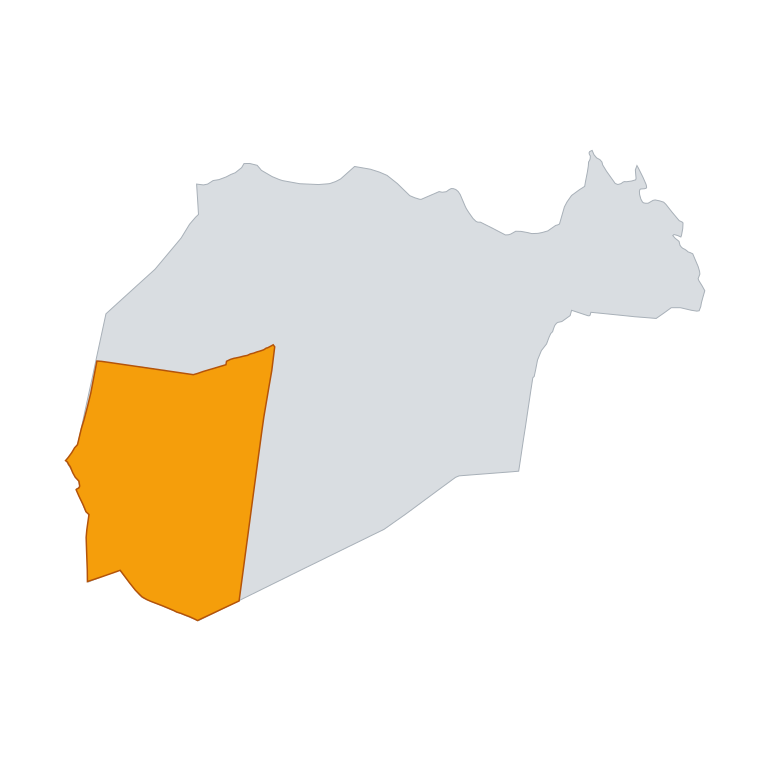 Bilma, Agadez, Niger (highlighted), rotated 188°
{"feature_id": "23599985B30294266740058", "entity_name": "Bilma", "entity_type": "district", "adm_level": 2, "iso_a3": "NER", "parent_name": "Niger", "parent_adm1": "Agadez", "projection": "robinson", "projection_center": [13.432, 20.296], "detail": "fine", "context": "in_parent", "style": "filled", "palette": "amber", "viewbox_px": 768, "rotation_deg": 188, "n_neighbors": 0, "source": "geoboundaries", "source_scale": "gbopen_adm2", "svg_char_len": 4248}
<svg xmlns="http://www.w3.org/2000/svg" viewBox="0 0 768 768"><g transform="rotate(188 384 384)"><path d="M597.4,555.9L590.5,556.0L586.5,557.4L581.5,561.7L575.9,563.4L569.1,567.1L564.8,570.2L560.7,572.5L555.1,578.4L553.3,582.8L547.7,583.7L540.0,582.9L535.1,578.5L523.6,573.8L516.2,571.9L512.8,571.3L495.3,570.6L476.6,572.4L467.1,574.5L465.4,575.0L460.0,577.8L455.5,581.0L443.4,595.3L427.4,594.8L418.0,593.2L410.0,591.0L398.6,584.3L384.7,574.1L379.4,572.7L374.5,571.9L372.9,572.0L356.2,582.2L353.0,582.0L349.1,583.1L346.5,585.6L344.6,586.9L342.6,587.1L340.0,586.6L337.4,585.0L334.9,582.2L328.1,570.9L326.7,568.9L323.8,565.5L318.9,560.3L315.6,557.9L313.6,557.3L311.1,557.7L297.8,553.2L284.5,548.5L281.5,549.1L279.4,550.1L274.8,553.6L269.4,554.2L262.4,553.9L258.7,553.5L252.5,554.6L248.5,556.0L243.1,558.4L236.1,564.9L234.2,565.7L232.5,566.8L230.0,584.5L228.1,589.8L224.5,596.8L217.5,603.6L212.8,607.6L212.6,613.1L212.1,622.1L212.0,628.3L212.3,632.3L211.5,634.2L211.2,635.9L211.4,638.6L212.5,639.8L213.1,641.4L212.7,642.8L210.4,644.3L208.0,640.3L204.9,637.5L201.4,636.2L199.1,634.2L197.9,631.3L193.4,625.8L183.0,614.8L181.9,614.5L180.2,614.1L177.2,615.4L175.4,617.2L174.1,617.9L172.2,618.0L167.2,619.4L163.2,621.2L163.0,622.7L164.9,631.0L163.9,635.5L162.2,633.3L156.5,625.0L152.6,618.7L151.9,617.3L151.3,615.2L151.7,614.3L153.3,613.6L157.0,612.8L157.7,612.1L157.9,610.4L157.3,607.3L155.4,602.9L153.3,600.1L152.1,599.5L149.9,599.4L147.6,599.8L143.1,603.3L141.1,604.0L136.5,603.7L132.4,603.0L129.9,601.2L122.6,594.2L114.5,586.9L111.1,585.8L110.3,585.1L109.8,579.4L110.1,572.6L110.5,570.9L113.9,571.9L117.6,572.4L118.7,571.2L115.9,568.8L111.7,566.3L110.2,562.6L109.0,561.3L107.2,560.0L105.0,559.3L102.9,558.3L101.4,557.2L99.0,556.7L96.4,555.9L92.8,549.9L89.3,544.1L87.2,539.5L86.5,536.8L87.6,532.0L86.6,530.2L82.6,525.4L79.3,521.0L80.3,514.1L81.0,508.4L81.1,504.8L81.6,502.7L82.1,500.4L84.3,499.7L90.0,499.8L101.0,500.8L109.8,499.6L110.3,499.4L116.6,493.3L123.6,486.8L134.0,486.2L145.1,485.5L154.0,485.2L166.8,484.7L177.1,484.3L189.1,483.8L189.5,480.8L190.3,480.1L191.5,480.0L200.2,481.6L208.5,483.1L209.2,477.6L216.6,470.6L220.7,469.1L221.8,467.9L223.1,465.6L223.9,461.9L224.3,459.3L225.9,457.2L227.1,453.2L228.6,446.3L232.8,439.0L235.3,429.2L235.8,419.6L236.3,412.4L237.5,410.9L237.7,398.0L237.8,385.1L237.9,374.2L238.0,360.6L238.2,348.6L238.3,335.7L238.4,324.1L238.5,316.4L246.8,314.5L255.5,312.6L268.2,309.8L281.9,306.8L296.8,303.5L300.2,301.5L311.6,290.4L316.7,285.4L326.9,275.4L334.7,267.7L344.7,257.9L355.3,248.0L363.7,240.1L376.9,231.2L396.7,217.8L416.6,204.3L436.4,190.9L456.2,177.4L475.9,164.0L495.7,150.5L515.4,137.1L535.1,123.7L554.9,128.8L573.7,133.6L592.6,138.5L597.0,141.2L607.1,150.8L619.9,163.0L620.5,163.2L621.1,163.3L633.4,156.0L649.5,146.6L653.7,172.1L657.0,193.9L657.2,207.9L657.4,211.5L658.7,214.0L661.7,216.4L673.7,236.6L671.1,240.1L672.9,246.3L676.1,249.0L686.1,261.0L687.4,263.4L686.8,265.2L679.9,279.4L678.7,282.8L677.4,300.8L676.5,313.5L675.2,331.0L673.6,351.8L672.4,369.5L670.7,392.7L669.1,414.8L659.1,426.9L641.3,448.3L626.7,465.8L619.4,477.5L605.2,500.3L598.8,515.1L593.9,522.8L591.3,526.1L593.5,537.0L597.4,555.9Z" fill="#d9dde1" stroke="#a8b0b8" stroke-width="1"/><path d="M497.5,366.4L497.0,381.7L497.4,405.6L499.2,407.4L500.6,406.3L504.4,403.6L505.6,403.2L507.8,401.2L510.3,399.9L512.4,398.9L514.3,398.1L517.4,396.4L520.5,395.2L523.3,393.3L525.1,392.7L527.1,392.0L530.9,390.4L534.5,389.1L536.1,388.6L539.5,387.0L543.1,384.6L543.2,381.1L564.9,371.2L569.9,368.6L574.1,366.7L659.4,367.1L666.9,367.1L671.5,366.8L673.1,334.3L674.5,320.2L676.1,306.6L677.5,297.9L679.1,281.2L681.5,277.8L683.6,272.7L686.6,267.1L688.7,263.8L686.6,262.6L685.0,260.3L683.2,258.5L679.8,252.7L676.7,248.6L672.6,245.3L671.2,240.8L671.2,239.9L671.9,238.4L673.7,237.2L674.2,236.5L670.5,230.5L665.3,222.8L661.3,216.0L658.0,213.7L658.0,198.1L657.6,190.6L655.2,176.8L651.9,158.3L650.2,147.1L636.3,154.0L619.3,162.8L608.2,151.6L601.5,145.2L594.1,139.6L588.9,137.5L584.2,136.2L578.0,134.8L572.7,133.6L565.8,131.8L560.6,130.4L557.6,129.3L553.1,128.6L548.7,127.5L544.5,126.6L538.8,124.9L535.7,123.8L531.7,126.5L519.9,134.2L512.5,139.1L497.3,149.0L498.1,263.6L498.4,320.7L498.4,334.5L497.5,366.4Z" fill="#f59e0b" stroke="#b45309" stroke-width="1.5"/></g></svg>